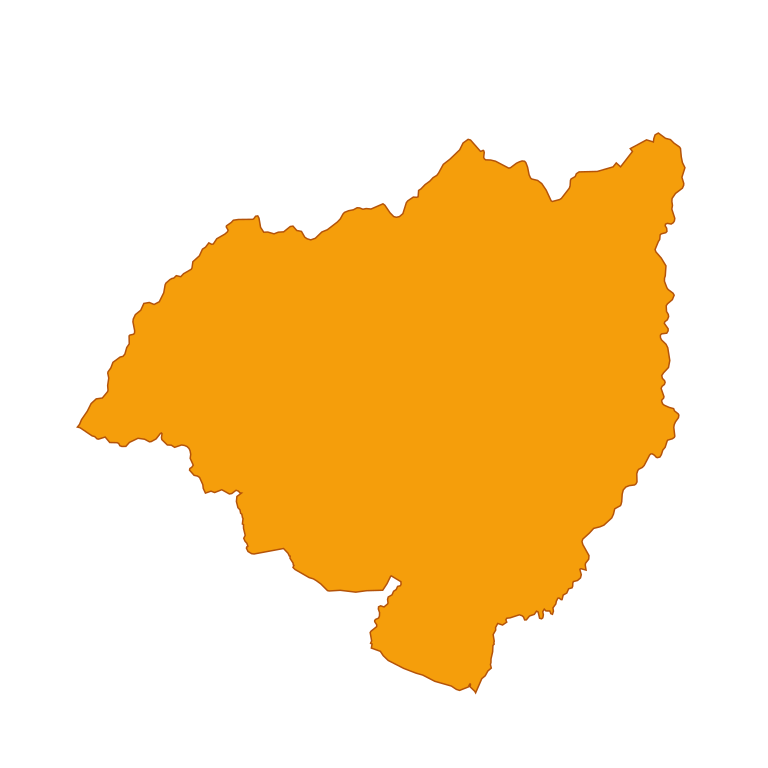 the district of Mueang Lamphun, Lamphun, Thailand, rotated 189°
{"feature_id": "78962969B31473304215935", "entity_name": "Mueang Lamphun", "entity_type": "district", "adm_level": 2, "iso_a3": "THA", "parent_name": "Thailand", "parent_adm1": "Lamphun", "projection": "natural_earth1", "projection_center": [99.055, 18.551], "detail": "fine", "context": "isolated", "style": "filled", "palette": "amber", "viewbox_px": 768, "rotation_deg": 189, "n_neighbors": 0, "source": "geoboundaries", "source_scale": "gbopen_adm2", "svg_char_len": 6144}
<svg xmlns="http://www.w3.org/2000/svg" viewBox="0 0 768 768"><g transform="rotate(189 384 384)"><path d="M356.7,125.8L355.1,125.3L355.2,121.2L345.8,119.4L342.2,115.5L336.6,111.6L320.1,106.2L307.0,103.4L300.3,102.6L287.3,98.3L270.2,96.2L264.8,93.7L261.4,93.2L253.4,97.9L252.7,98.6L253.0,99.4L252.1,101.3L251.6,101.0L251.5,98.3L246.3,94.7L245.2,93.3L241.3,108.3L238.4,111.6L236.5,116.8L233.6,120.2L235.0,123.6L234.8,125.7L235.3,129.2L234.8,136.5L235.5,142.8L234.5,144.3L235.0,145.5L234.9,147.2L237.0,153.6L235.2,158.4L235.7,161.0L234.2,165.3L229.2,164.5L225.5,168.0L226.8,170.2L226.0,171.9L222.8,172.8L214.2,177.2L211.3,176.7L209.7,175.6L208.2,173.0L206.5,173.3L204.0,177.6L199.5,180.0L197.8,183.5L196.1,182.9L193.7,177.0L191.7,176.7L190.7,177.7L190.5,178.8L190.5,181.1L191.6,183.9L190.5,186.7L188.6,185.2L184.7,185.7L183.3,183.3L181.6,182.9L181.1,186.1L182.1,189.3L179.9,193.6L179.8,196.4L178.8,199.6L177.6,200.0L175.3,198.7L174.4,198.9L174.0,203.6L170.8,206.1L169.6,210.6L166.4,212.1L166.0,213.9L166.4,217.1L166.0,218.5L162.1,220.2L159.6,223.2L159.3,226.5L161.6,231.6L160.6,232.4L155.3,231.8L156.9,236.7L156.9,238.5L154.4,243.0L154.7,246.6L162.5,256.5L163.8,259.4L163.4,261.9L157.8,268.9L154.3,274.2L148.4,276.7L144.7,279.0L138.1,287.4L137.0,291.3L136.6,296.8L131.5,300.8L131.1,301.8L130.8,304.9L131.5,312.5L131.1,316.8L129.0,320.1L125.8,322.0L120.7,323.5L119.5,324.8L118.8,326.9L120.3,334.9L119.8,338.3L119.0,339.7L115.8,342.0L114.3,344.2L110.5,355.5L109.6,356.6L108.2,357.0L105.7,355.9L103.6,354.2L102.5,354.0L100.1,355.0L99.0,357.6L98.3,362.3L96.4,365.5L95.4,372.1L94.9,373.0L90.6,375.0L88.9,376.7L88.6,377.9L91.0,386.5L91.0,389.2L90.2,392.2L87.9,396.8L87.9,399.4L88.7,400.5L92.9,402.9L94.1,405.0L98.7,405.5L103.9,406.9L105.7,408.0L106.9,410.1L107.2,411.4L105.6,413.8L105.5,415.3L109.6,423.0L109.0,425.2L107.0,427.4L106.6,429.6L107.4,431.2L109.9,433.1L111.0,435.8L109.7,438.7L105.6,444.8L105.4,451.9L109.4,464.2L111.7,467.4L116.7,470.9L118.1,472.8L118.6,474.8L118.5,475.9L117.6,477.0L112.7,478.4L111.7,480.9L112.0,483.0L116.6,487.7L116.4,489.4L114.2,491.7L113.4,495.0L114.1,497.2L116.3,499.8L117.5,505.5L116.5,507.6L112.4,512.4L111.3,517.1L112.7,518.9L118.2,521.8L119.7,523.4L123.1,529.4L123.5,532.5L123.1,534.8L124.0,544.8L129.9,551.8L136.1,557.0L137.3,559.2L135.3,567.6L134.3,569.9L134.6,574.5L133.6,575.7L129.4,577.5L128.4,579.0L129.2,582.1L131.0,584.2L131.0,585.9L129.3,587.0L125.4,586.9L123.5,588.6L122.7,590.5L122.7,593.1L127.1,601.8L127.0,605.5L128.2,609.2L128.5,612.3L125.9,617.8L119.9,624.1L119.1,627.2L119.3,629.0L122.1,634.8L120.6,644.7L123.9,649.4L125.9,654.8L128.0,663.0L129.2,664.3L135.3,667.3L139.3,670.2L144.4,670.7L152.3,674.8L155.2,672.5L155.9,668.7L155.8,665.2L162.9,666.2L177.6,655.0L175.0,652.5L184.3,635.5L189.2,638.7L191.7,634.3L206.6,627.3L224.5,624.0L226.9,621.8L227.6,618.8L231.3,615.8L231.7,614.3L231.2,608.9L231.6,606.4L237.8,595.1L239.3,593.7L246.3,590.6L247.6,591.1L254.1,600.8L259.5,606.6L264.1,609.1L270.1,609.6L271.4,610.3L273.4,613.3L276.1,620.6L278.5,624.8L280.0,626.0L282.5,625.9L284.9,624.7L287.7,622.8L292.8,617.5L294.5,616.7L308.7,621.5L313.7,621.9L318.7,621.3L320.1,622.1L321.0,623.4L321.2,628.3L321.9,629.9L322.6,630.3L324.8,628.9L325.5,629.2L336.7,638.5L339.2,638.8L343.6,634.4L345.9,627.1L354.0,616.4L359.8,610.2L363.1,600.9L364.5,598.3L367.8,595.5L370.5,591.5L374.6,587.4L378.0,582.5L380.1,580.6L379.6,574.3L380.9,573.5L384.3,573.2L389.2,568.6L390.3,566.6L392.0,555.2L394.9,551.8L397.9,550.6L400.6,550.9L404.9,554.1L411.1,560.7L413.2,561.8L424.2,554.8L429.1,554.5L432.2,553.3L435.5,554.1L438.1,553.9L441.5,551.3L446.1,549.6L449.9,547.3L451.1,545.5L453.0,540.2L455.4,536.7L464.1,527.5L469.2,524.4L474.6,517.2L478.9,514.9L482.6,515.4L485.2,516.6L489.4,521.8L494.2,522.0L498.6,525.7L501.2,524.9L506.9,518.6L512.2,517.4L516.1,515.1L522.5,515.9L526.5,515.1L530.4,519.4L533.4,528.2L535.0,530.3L537.1,529.6L538.5,526.8L539.5,526.1L553.6,523.7L558.4,522.2L560.1,519.7L564.3,515.6L564.4,514.5L562.0,511.5L562.5,509.7L564.7,507.1L571.9,501.3L574.5,495.6L576.0,495.0L579.1,496.0L581.7,491.2L584.4,488.8L586.4,481.7L591.9,474.9L591.8,468.6L592.3,467.2L599.2,461.6L601.5,458.2L606.1,458.5L608.3,455.6L609.9,455.1L611.8,453.6L615.2,449.5L615.7,447.7L615.8,439.7L618.8,430.1L623.5,426.6L628.6,427.8L633.8,426.0L635.8,418.8L640.4,413.7L641.8,409.0L641.7,406.1L638.6,397.6L638.4,395.3L639.1,394.0L642.6,392.6L643.3,391.6L641.9,383.8L643.8,379.8L644.6,373.1L646.1,370.5L648.9,369.3L655.1,363.0L656.3,357.2L658.5,352.8L658.5,351.4L656.8,346.8L656.7,339.2L655.6,334.7L655.8,333.2L660.0,326.1L665.9,324.3L670.2,318.9L672.8,310.7L677.2,301.5L678.4,296.5L680.1,293.5L677.5,293.3L664.2,287.1L661.5,286.8L658.8,284.9L657.3,284.9L651.1,288.0L645.7,283.3L638.2,284.3L636.6,283.6L635.2,281.7L633.1,281.3L629.2,282.0L626.3,286.5L618.5,291.9L611.8,292.0L606.6,290.2L604.9,290.7L600.5,294.1L597.1,300.2L596.2,300.8L595.5,300.2L595.4,296.1L594.7,294.3L588.5,289.9L584.5,290.3L580.9,288.7L574.4,292.1L571.5,292.1L568.7,291.4L566.5,289.8L565.1,287.7L563.9,284.3L563.8,280.2L559.7,274.0L560.9,271.6L562.5,270.2L562.6,268.5L557.3,264.1L553.8,263.9L551.5,262.8L547.2,256.2L546.2,252.6L543.3,248.3L538.1,251.1L534.3,250.3L527.7,254.2L519.5,251.2L517.2,252.0L513.5,255.9L511.0,255.4L509.3,254.0L507.7,254.0L511.7,249.9L511.4,244.8L508.9,239.0L506.6,237.2L505.4,233.9L504.1,233.2L502.8,229.7L502.2,229.2L502.0,223.6L500.8,223.2L500.2,219.6L497.4,212.8L498.4,209.7L496.7,207.0L494.5,205.2L493.3,203.0L493.1,202.2L494.1,201.6L494.2,200.3L492.1,197.3L488.2,195.7L485.7,195.8L457.5,205.8L452.3,201.8L450.6,199.3L449.7,199.3L449.6,197.2L445.8,192.9L445.3,191.1L444.6,190.8L445.2,188.6L442.9,186.9L427.7,181.1L423.3,180.5L420.1,179.2L415.2,176.7L407.5,171.1L405.8,171.0L395.0,173.4L379.3,174.0L369.0,177.1L353.0,180.1L349.8,187.2L347.4,195.1L346.7,195.6L336.4,191.4L335.8,188.8L336.3,187.3L338.9,186.2L339.8,182.9L342.1,180.8L343.1,177.0L346.5,174.3L346.8,171.8L345.8,168.4L346.0,167.4L349.1,163.8L352.6,164.4L354.5,163.1L354.4,160.9L352.6,157.5L352.2,154.0L352.8,151.9L355.6,150.1L356.2,148.9L356.0,147.8L353.5,145.0L353.3,143.2L358.1,137.9L358.8,136.4L356.0,128.3L356.7,125.8Z" fill="#f59e0b" stroke="#b45309" stroke-width="1.5"/></g></svg>